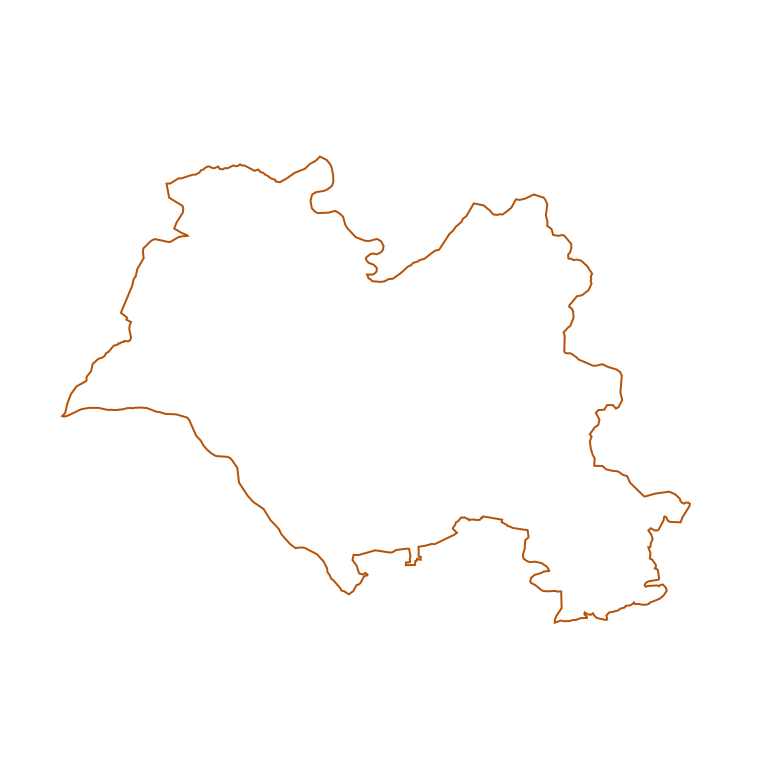 Dumbraveni, Sibiu, Romania (Mercator projection), rotated 96°
{"feature_id": "2599482B85989180229016", "entity_name": "Dumbraveni", "entity_type": "district", "adm_level": 2, "iso_a3": "ROU", "parent_name": "Romania", "parent_adm1": "Sibiu", "projection": "mercator", "projection_center": [24.552, 46.22], "detail": "fine", "context": "isolated", "style": "outline", "palette": "amber", "viewbox_px": 768, "rotation_deg": 96, "n_neighbors": 0, "source": "geoboundaries", "source_scale": "gbopen_adm2", "svg_char_len": 6123}
<svg xmlns="http://www.w3.org/2000/svg" viewBox="0 0 768 768"><g transform="rotate(96 384 384)"><path d="M207.5,621.2L221.2,617.1L227.9,603.0L230.0,602.0L234.7,602.0L244.8,607.1L251.3,608.9L254.9,601.0L256.5,595.5L257.2,594.8L258.4,601.0L259.5,603.8L264.8,611.1L265.3,613.1L263.9,626.0L264.1,627.8L266.2,630.9L274.2,637.4L276.8,637.7L284.1,636.2L295.5,641.4L302.6,642.1L305.8,643.9L312.6,644.7L340.7,653.1L344.8,646.5L347.0,646.9L348.7,642.1L352.6,643.1L356.5,643.0L364.2,640.4L367.1,641.1L368.4,643.0L368.3,646.8L369.4,647.3L369.8,649.3L371.2,650.7L371.2,652.3L372.3,652.5L374.4,657.1L380.4,660.9L382.7,663.9L385.3,664.7L387.1,666.8L388.9,670.8L394.5,675.8L402.0,676.7L406.6,679.7L409.1,680.7L411.1,680.1L412.3,680.6L418.4,689.5L426.8,694.3L436.2,696.8L446.4,698.1L449.5,700.7L449.9,698.8L448.7,695.4L440.8,682.6L438.6,675.0L437.6,665.4L438.7,655.4L438.2,653.9L438.0,648.1L436.3,640.6L434.9,637.0L434.2,633.0L434.6,631.8L433.7,629.7L432.9,623.5L432.7,617.2L435.4,607.4L435.4,604.3L436.6,597.7L435.9,587.6L438.0,576.2L440.1,574.0L455.2,565.3L459.6,560.2L464.3,556.9L467.6,553.3L470.4,549.5L472.9,544.5L473.2,543.2L472.8,531.8L474.0,529.0L475.8,527.0L482.8,521.1L497.2,517.9L509.4,507.9L514.9,501.8L520.9,490.7L531.2,482.7L539.0,473.6L544.2,470.3L552.8,460.9L556.4,455.0L555.1,448.5L555.3,445.7L560.3,432.9L566.8,425.5L573.2,421.4L577.1,420.5L579.1,418.5L583.1,416.2L584.5,413.8L591.4,406.4L593.8,404.8L594.4,401.8L596.8,397.0L593.2,392.9L586.9,390.3L585.9,388.0L584.4,386.6L577.8,383.9L576.4,382.0L576.1,380.7L575.3,380.4L573.9,382.8L575.7,385.1L575.0,388.9L567.5,392.3L562.4,396.9L557.1,396.4L556.8,391.6L550.3,375.2L551.0,360.1L550.4,357.9L547.8,354.5L545.4,344.4L545.3,341.8L552.9,339.6L555.0,340.1L558.6,339.5L559.2,343.5L561.9,343.4L560.7,334.3L556.7,334.3L556.2,332.9L554.6,332.9L555.0,329.2L552.1,329.4L552.2,331.4L542.2,332.6L540.6,326.3L538.2,320.2L537.9,316.7L526.4,298.1L524.3,295.9L520.8,300.4L519.8,300.4L516.6,298.5L514.0,298.0L512.5,295.8L508.5,293.1L508.8,291.5L508.1,290.1L509.1,288.4L509.4,286.0L510.6,285.1L509.9,284.1L509.3,279.7L509.7,278.5L509.1,274.5L506.8,273.2L507.1,272.5L505.5,271.8L505.4,270.8L506.6,252.3L509.0,252.6L511.5,246.8L512.4,246.1L512.4,244.5L513.7,240.9L514.4,225.9L520.4,224.4L521.9,224.5L523.6,226.5L525.4,227.3L532.6,226.8L539.1,228.0L543.0,227.0L545.0,223.6L545.9,220.6L544.9,214.9L545.7,208.5L548.7,202.9L552.0,200.3L552.7,200.3L553.8,205.6L555.5,207.8L558.1,214.2L561.3,217.4L565.2,217.9L566.5,216.9L568.2,212.5L572.6,205.7L573.2,203.8L573.2,200.6L571.9,192.1L572.3,189.7L571.8,186.1L588.3,183.9L596.6,188.3L600.7,189.5L603.5,189.2L600.7,183.3L601.1,180.5L600.3,174.4L599.0,171.5L598.5,168.2L596.4,164.2L595.4,157.7L594.1,158.1L592.2,160.6L590.2,160.5L591.8,157.2L591.9,155.1L591.8,154.0L590.2,152.1L592.0,151.1L594.5,147.8L595.5,138.5L594.8,137.4L590.8,138.6L587.4,135.8L586.9,133.2L584.6,127.3L582.7,125.5L581.0,121.0L579.5,120.5L578.3,115.8L576.3,113.3L575.1,112.7L576.7,111.3L576.2,108.3L576.5,103.3L575.8,99.3L575.0,97.7L573.8,97.0L568.8,87.4L565.2,83.9L560.3,81.2L557.3,82.3L554.3,85.6L554.7,87.6L556.4,89.5L555.8,90.3L556.1,93.5L557.4,100.7L558.3,102.5L556.9,103.8L554.5,102.9L552.6,100.3L550.0,90.8L549.1,90.0L540.6,92.1L539.7,93.0L539.1,95.4L537.1,94.4L535.2,94.9L530.5,99.1L529.9,101.3L524.3,101.3L518.7,104.1L518.1,102.0L515.0,102.1L509.8,100.6L505.6,102.6L502.0,105.8L499.6,103.7L501.4,99.1L501.0,96.8L500.2,95.7L490.1,91.6L487.1,91.6L486.3,90.7L487.3,89.2L490.3,87.4L491.2,85.2L490.6,74.6L485.1,73.1L473.5,67.4L471.1,67.3L470.1,69.1L470.5,71.7L471.6,72.8L471.2,74.6L469.6,76.9L467.2,77.7L464.3,81.5L462.8,83.9L461.3,89.4L464.7,102.9L468.6,112.6L468.5,113.7L456.5,128.9L450.3,132.5L449.3,137.2L447.0,140.8L446.3,143.7L446.5,147.4L445.7,154.0L442.7,158.2L443.4,166.4L436.1,166.7L432.5,169.1L426.9,171.5L419.5,173.3L414.6,172.0L412.5,174.1L405.3,170.0L402.5,166.8L401.3,166.5L397.0,166.0L390.5,170.3L387.6,168.2L386.5,162.2L381.7,159.9L381.1,154.1L384.2,150.8L382.4,148.3L375.0,145.4L367.8,148.0L350.8,148.4L347.5,150.4L345.3,154.1L343.6,163.0L341.5,168.9L343.6,174.9L344.0,177.9L339.3,193.1L337.3,195.4L334.4,200.7L334.0,202.2L334.4,206.5L332.9,208.1L317.3,209.3L313.9,210.8L308.5,206.8L306.8,204.8L298.3,202.4L292.1,203.5L289.5,205.1L287.7,208.0L286.3,207.8L276.6,201.3L275.0,196.3L269.2,190.3L262.4,188.1L260.1,189.2L258.4,188.8L255.4,189.6L252.6,188.5L245.3,194.5L240.7,200.9L240.1,204.9L241.0,208.7L239.8,210.6L240.1,213.1L239.7,213.8L236.0,214.4L233.7,212.7L229.3,211.9L225.0,212.5L217.4,220.5L217.4,223.0L218.4,225.8L218.1,231.3L212.3,233.6L209.7,238.2L205.5,238.4L199.2,240.7L188.5,240.3L184.2,242.6L182.0,244.7L179.9,254.8L184.8,262.8L186.8,268.5L186.5,272.1L195.2,275.7L198.2,278.5L202.9,283.6L203.2,287.1L204.0,289.0L204.0,292.6L203.3,293.8L200.3,297.0L195.9,303.7L195.0,313.6L208.5,319.6L211.4,322.8L214.8,324.0L220.3,329.2L224.3,331.3L227.7,334.5L244.7,343.2L245.9,346.8L247.4,348.7L255.3,357.0L257.2,361.9L258.5,362.9L260.6,367.8L263.4,369.9L264.6,372.4L271.8,378.7L278.4,386.2L279.1,390.1L281.9,394.4L282.8,397.9L283.0,406.7L281.3,408.2L280.5,410.4L276.9,412.3L276.4,406.9L275.0,404.7L272.8,403.1L269.3,403.3L266.4,406.8L265.2,411.8L263.3,414.0L261.2,415.2L259.4,414.4L255.9,410.6L255.4,408.7L255.7,404.7L253.6,401.1L252.1,399.9L250.6,399.0L246.6,398.9L242.5,401.7L240.7,405.3L240.6,406.7L243.2,413.1L243.6,417.6L240.9,427.5L232.8,436.8L229.8,439.1L221.9,442.2L218.7,446.5L217.2,450.0L217.2,451.5L219.3,456.6L221.0,467.8L219.8,470.7L216.8,474.1L209.8,476.2L203.8,475.5L202.6,474.7L200.3,471.6L198.2,463.8L196.2,460.4L192.4,456.5L188.5,455.5L181.8,456.4L174.7,458.5L171.3,460.3L167.2,464.4L164.5,471.5L169.0,475.1L173.0,480.8L178.2,485.1L183.4,495.0L189.5,502.0L194.2,508.6L193.9,512.9L192.2,513.6L191.5,517.6L188.8,522.1L188.4,523.8L186.5,526.3L186.2,529.0L183.8,531.5L185.5,535.0L181.7,544.5L181.3,546.4L181.5,548.3L180.6,550.1L182.5,552.2L183.0,554.6L182.3,556.6L185.7,561.9L186.1,565.1L187.4,567.0L187.3,569.9L185.1,571.6L187.1,575.3L187.1,577.4L185.8,580.8L186.1,581.9L187.3,584.0L189.5,585.9L190.5,588.3L192.8,589.5L195.5,593.3L195.9,596.3L200.7,607.0L201.0,609.9L206.8,617.3L207.5,621.2Z" fill="none" stroke="#b45309" stroke-width="2"/></g></svg>